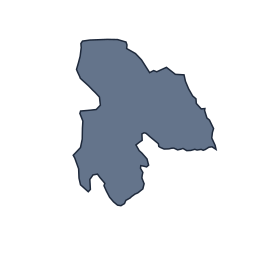 outline of Mbam-et-Inoubou, Centre, Cameroon, rotated 303°
{"feature_id": "32672807B45233775776188", "entity_name": "Mbam-et-Inoubou", "entity_type": "district", "adm_level": 2, "iso_a3": "CMR", "parent_name": "Cameroon", "parent_adm1": "Centre", "projection": "robinson", "projection_center": [10.919, 4.718], "detail": "fine", "context": "isolated", "style": "filled", "palette": "slate", "viewbox_px": 256, "rotation_deg": 303, "n_neighbors": 0, "source": "geoboundaries", "source_scale": "gbopen_adm2", "svg_char_len": 1692}
<svg xmlns="http://www.w3.org/2000/svg" viewBox="0 0 256 256"><g transform="rotate(303 128 128)"><path d="M186.2,181.9L183.9,179.0L185.8,171.9L189.5,169.1L190.1,164.7L193.8,157.6L194.4,156.7L198.4,150.8L198.8,150.4L203.1,146.0L198.8,138.5L199.8,127.2L195.1,124.2L190.8,121.5L190.1,118.2L186.2,116.0L192.4,102.4L192.6,101.7L194.5,93.8L193.9,83.6L197.1,81.9L197.5,81.4L199.0,79.5L196.5,71.1L191.8,63.6L191.4,62.9L181.4,48.7L180.9,48.0L176.1,42.5L173.2,42.5L170.8,44.3L170.1,44.9L162.1,48.8L156.7,50.6L156.1,50.8L149.1,52.9L147.5,55.2L146.6,56.6L145.0,59.2L143.7,61.0L141.9,72.0L140.5,78.0L139.9,81.3L138.4,87.2L132.1,92.4L126.2,91.3L122.5,86.8L116.4,79.0L114.0,79.7L109.2,86.4L103.0,89.9L93.7,95.7L85.7,98.8L79.5,97.7L75.3,96.9L73.7,99.9L73.3,100.4L66.9,108.8L59.3,114.2L54.5,119.1L52.9,129.4L56.0,129.9L64.1,124.0L69.6,124.2L72.7,127.5L71.2,131.4L69.0,138.7L66.5,139.3L63.4,144.1L59.9,150.3L58.2,156.1L57.6,161.2L57.9,161.9L59.0,164.4L62.7,166.2L66.1,165.6L70.5,167.9L72.4,168.3L74.4,169.1L76.3,169.8L78.7,171.4L79.3,171.7L85.0,173.6L90.0,171.9L93.6,166.9L96.2,165.6L96.8,165.4L98.8,164.7L101.0,160.4L103.4,159.2L104.5,161.8L105.5,164.8L108.1,165.5L112.4,160.8L114.5,153.4L115.1,149.7L118.1,143.9L122.3,145.3L125.4,146.6L130.6,142.9L132.7,144.0L133.4,146.0L132.6,151.6L131.4,162.0L129.3,163.9L129.3,165.6L130.0,169.7L132.8,173.7L134.9,175.7L136.1,177.4L136.7,181.6L138.9,183.7L140.8,185.3L141.0,189.6L143.4,192.9L146.5,195.6L147.1,197.9L148.2,199.1L149.9,201.0L150.3,203.2L152.0,204.5L155.9,206.3L158.0,208.7L158.0,213.5L160.9,210.5L165.2,203.7L170.3,201.2L174.1,200.1L176.1,196.8L179.0,192.0L179.4,188.7L184.4,182.7L186.2,181.9Z" fill="#64748b" stroke="#1e293b" stroke-width="1.5"/></g></svg>